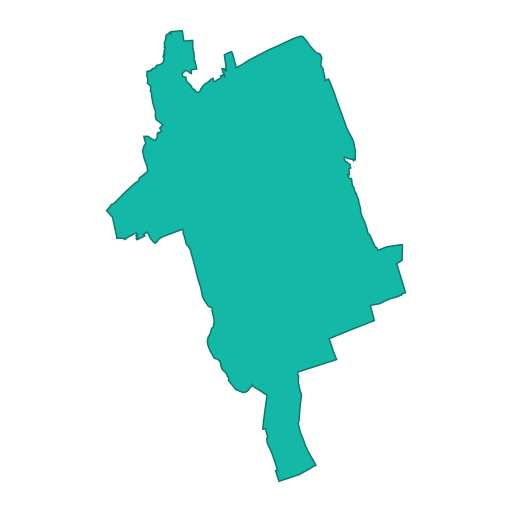 outline of Radesti, Galati, Romania
{"feature_id": "2599482B86347872402949", "entity_name": "Radesti", "entity_type": "district", "adm_level": 2, "iso_a3": "ROU", "parent_name": "Romania", "parent_adm1": "Galati", "projection": "mercator", "projection_center": [27.788, 46.057], "detail": "fine", "context": "isolated", "style": "filled", "palette": "teal", "viewbox_px": 512, "rotation_deg": 0, "n_neighbors": 0, "source": "geoboundaries", "source_scale": "gbopen_adm2", "svg_char_len": 5908}
<svg xmlns="http://www.w3.org/2000/svg" viewBox="0 0 512 512"><path d="M315.9,465.4L315.5,464.3L307.9,451.0L306.9,448.4L305.6,446.5L303.9,441.2L300.3,432.1L298.0,423.0L298.9,421.3L300.4,403.2L301.5,395.9L301.4,394.5L301.0,393.1L300.4,391.9L298.3,382.5L298.6,376.0L297.7,375.1L297.9,372.0L336.6,359.5L332.7,349.5L331.0,344.0L329.1,338.7L348.6,330.7L374.3,320.5L370.4,305.3L379.3,303.8L381.2,303.0L382.5,302.2L390.1,298.7L395.5,297.3L401.8,294.9L402.0,293.9L405.5,292.6L396.7,263.5L402.1,260.4L402.1,255.8L402.5,244.9L400.8,244.7L386.4,246.9L377.9,250.4L376.5,247.4L375.3,247.2L369.6,234.5L368.2,234.0L366.6,227.6L364.8,222.3L362.0,216.3L360.5,211.1L360.7,209.2L358.8,202.2L358.5,199.7L356.5,194.9L356.4,193.5L355.5,193.6L354.0,188.5L353.7,186.9L352.7,186.3L351.6,180.9L351.9,180.7L351.4,178.6L349.2,178.4L347.7,174.9L349.4,174.8L349.2,171.7L348.6,169.2L350.7,168.1L350.0,164.6L346.7,162.0L345.4,161.5L344.1,158.5L344.5,156.9L347.4,158.3L353.1,159.6L353.4,160.6L353.9,160.0L355.4,159.9L355.1,155.8L355.2,153.5L355.4,151.6L355.4,150.3L354.3,146.1L353.9,143.1L353.3,141.1L351.4,136.9L346.9,128.6L344.5,121.7L337.3,102.1L334.3,93.1L328.8,79.2L328.2,79.0L325.1,80.7L324.5,75.5L323.4,71.6L323.1,69.0L320.7,65.3L321.8,57.8L320.4,54.6L320.1,54.0L316.8,52.9L315.4,51.9L308.9,44.6L308.0,42.8L306.0,40.3L303.1,36.9L301.6,36.2L300.7,36.3L300.8,36.4L297.2,37.2L292.5,38.9L287.6,41.3L282.6,43.6L277.8,46.0L269.4,49.5L249.1,60.1L242.3,64.5L236.3,67.6L233.2,55.9L232.4,53.4L231.8,52.2L231.4,51.7L231.0,51.6L229.6,52.4L227.0,53.4L225.8,54.0L224.3,55.0L225.1,60.5L226.0,65.9L225.9,67.2L226.5,70.5L225.5,71.2L224.8,69.0L224.1,68.9L223.7,68.6L222.0,68.8L222.3,69.6L222.2,70.1L222.6,70.5L222.7,71.0L222.6,71.3L222.8,72.0L224.2,74.2L225.1,77.2L224.1,76.2L223.3,74.6L222.9,74.6L222.3,75.4L221.7,75.8L221.3,75.9L221.0,75.7L220.6,75.9L221.0,77.5L220.9,77.9L217.3,79.8L215.6,81.2L214.4,81.5L214.0,81.4L213.6,81.0L213.3,78.9L213.0,78.3L212.1,78.6L210.8,79.5L206.8,83.3L205.7,83.4L203.1,85.7L202.8,86.5L202.3,86.8L202.1,87.1L201.9,88.1L201.3,88.3L201.0,88.7L200.6,89.4L200.5,90.1L199.4,92.0L197.5,92.2L196.1,92.0L194.4,89.4L193.8,89.6L192.0,88.0L191.4,86.1L187.0,81.7L186.7,81.2L186.3,80.1L186.0,78.8L185.9,77.2L182.7,76.5L182.3,74.9L182.3,73.5L185.1,70.9L185.8,70.5L186.7,70.6L187.3,71.1L189.7,72.5L190.3,73.4L191.4,73.6L191.1,70.0L194.5,69.2L196.8,68.9L195.0,61.4L194.9,60.7L194.7,60.5L194.2,60.6L194.1,60.4L194.0,59.5L194.2,55.7L194.0,53.3L192.7,47.5L192.8,45.3L192.8,43.7L192.6,41.8L192.9,41.0L192.7,40.4L183.9,41.1L182.3,30.7L171.2,31.6L170.9,33.8L170.0,32.2L166.0,35.4L165.6,39.4L164.9,41.8L164.5,42.2L164.3,42.6L164.3,43.2L164.5,44.0L164.3,44.5L164.6,45.3L165.0,46.0L165.1,46.6L165.0,46.8L164.3,46.8L164.2,47.1L165.0,48.1L165.2,48.6L164.3,49.5L164.4,50.0L164.2,50.6L164.5,51.7L164.5,52.0L164.0,52.4L164.7,53.0L164.8,53.2L164.7,53.6L164.2,53.7L164.1,54.3L163.5,54.5L163.4,54.7L163.6,55.0L164.2,55.3L164.3,55.9L164.2,56.0L163.8,55.9L163.4,56.1L163.2,56.5L163.1,56.8L163.6,57.5L163.9,58.2L164.0,59.1L163.9,59.9L163.6,61.4L162.4,63.1L160.9,64.2L158.8,65.0L156.9,65.2L156.5,65.6L156.2,66.3L155.5,66.9L155.3,67.7L155.1,68.2L154.7,68.3L152.7,68.5L152.0,69.1L151.8,69.7L151.5,69.9L151.5,70.2L151.1,70.4L150.9,70.8L150.3,70.5L150.1,71.0L149.3,70.8L148.8,71.2L148.1,71.3L147.3,71.1L147.0,71.3L146.9,72.7L147.1,73.1L147.1,73.6L146.8,75.9L147.0,76.7L147.4,77.4L147.6,78.4L147.7,79.9L147.5,83.3L148.3,83.9L148.9,84.7L150.4,85.9L150.7,86.4L150.8,87.2L150.5,87.6L150.7,88.3L150.8,89.4L150.4,90.3L150.4,90.8L150.6,91.2L150.5,91.5L151.4,92.5L151.6,92.9L151.7,93.4L151.4,94.4L151.4,95.0L151.5,95.2L151.9,98.1L152.5,99.2L152.3,100.1L152.9,103.1L154.3,108.3L155.6,111.6L155.3,115.0L155.5,117.2L156.0,119.4L162.8,124.8L159.7,128.1L160.7,129.3L160.7,129.7L161.6,131.0L161.6,131.5L160.0,132.1L158.9,133.1L158.3,132.5L157.3,133.5L157.3,134.6L157.2,136.2L157.0,137.5L156.7,138.3L156.0,139.5L154.0,140.5L152.9,139.4L151.7,138.9L149.9,137.8L149.1,137.0L148.1,136.5L147.3,136.2L144.7,136.5L143.8,136.4L145.7,143.7L144.2,145.6L143.5,147.6L142.6,150.6L143.7,156.7L144.7,159.9L147.1,166.7L147.6,171.5L139.5,178.0L138.9,179.8L138.8,180.5L137.0,182.0L135.2,182.9L126.1,191.3L114.2,203.2L112.9,204.0L111.6,204.3L108.7,208.3L106.5,210.5L111.8,216.5L112.2,216.7L112.6,217.7L116.4,235.2L116.8,238.2L122.1,238.2L123.9,238.6L124.8,239.5L127.9,237.2L136.1,233.0L136.5,233.7L137.0,233.5L137.7,234.8L136.0,235.7L136.5,236.9L136.9,236.8L137.1,237.3L137.2,237.9L136.5,238.1L136.2,238.6L136.6,239.6L136.9,239.7L138.9,238.9L140.4,237.9L143.3,236.8L144.8,235.9L143.6,234.4L145.9,232.9L145.9,232.5L147.2,232.2L148.0,233.3L149.8,237.2L150.8,238.8L153.7,242.3L155.0,243.2L155.3,243.1L156.9,241.7L159.1,238.8L162.5,236.8L182.7,229.2L183.1,230.1L183.1,232.4L183.3,233.8L184.3,236.2L186.4,244.3L188.0,245.9L188.4,246.6L188.8,247.5L190.0,248.9L194.1,263.5L197.6,277.6L199.6,284.5L200.3,286.1L201.0,288.9L202.3,296.0L203.7,299.2L206.9,304.0L208.3,306.3L210.1,307.1L212.0,307.6L212.3,307.9L212.4,308.3L212.1,310.5L212.6,313.3L214.0,318.7L214.1,322.9L213.6,323.8L213.3,327.1L212.2,327.9L211.4,329.1L210.0,334.4L208.5,336.4L207.9,338.2L207.4,341.0L207.4,341.9L207.8,344.4L209.0,348.2L210.6,351.8L211.9,353.7L213.2,356.3L214.2,358.0L215.8,358.8L217.4,359.0L219.8,361.1L219.7,361.3L219.8,361.5L220.1,361.7L220.1,362.3L220.5,362.9L220.6,363.2L220.7,364.4L221.0,364.7L220.9,365.1L221.0,365.2L221.0,365.6L221.1,365.9L221.0,366.6L221.5,367.3L221.7,367.9L221.7,368.3L222.5,369.7L223.1,370.3L224.3,371.4L226.6,373.8L227.3,376.4L228.5,377.4L228.9,378.4L228.7,379.0L228.4,380.4L235.9,389.6L243.2,392.6L245.7,392.1L247.5,391.1L252.1,385.0L252.1,385.4L252.6,386.0L256.0,388.3L260.5,390.9L262.7,392.4L263.7,393.3L266.1,394.4L267.0,395.1L263.5,421.4L262.8,429.2L265.6,428.9L266.9,434.6L267.6,436.1L267.5,437.4L266.8,438.3L267.3,443.2L271.2,451.6L273.9,458.7L277.6,470.3L275.5,470.6L279.0,481.3L299.6,474.4L309.9,468.6L313.9,466.1L315.9,465.4Z" fill="#14b8a6" stroke="#0f766e" stroke-width="1.5"/></svg>